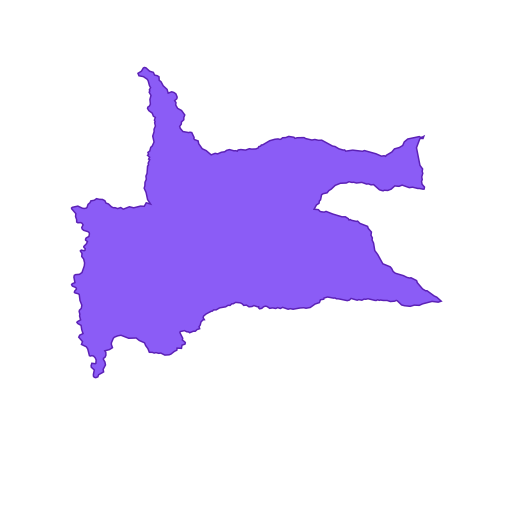 La Unión, Nariño, Colombia (Equal Earth projection), rotated 285°
{"feature_id": "7082276B50257092239175", "entity_name": "La Unión", "entity_type": "district", "adm_level": 2, "iso_a3": "COL", "parent_name": "Colombia", "parent_adm1": "Nariño", "projection": "equal_earth", "projection_center": [-77.138, 1.608], "detail": "fine", "context": "isolated", "style": "filled", "palette": "violet", "viewbox_px": 512, "rotation_deg": 285, "n_neighbors": 0, "source": "geoboundaries", "source_scale": "gbopen_adm2", "svg_char_len": 6091}
<svg xmlns="http://www.w3.org/2000/svg" viewBox="0 0 512 512"><g transform="rotate(285 256 256)"><path d="M268.0,85.4L266.5,82.2L264.6,81.9L262.4,80.4L259.1,80.2L258.3,79.6L257.5,78.0L257.2,76.1L258.1,71.0L255.5,66.0L254.6,65.4L253.9,65.7L250.3,71.0L247.4,71.5L244.8,73.3L242.4,74.0L242.0,75.3L242.9,78.1L242.6,79.5L241.3,80.9L238.4,80.3L237.1,81.1L236.2,82.9L236.0,87.6L235.4,88.8L234.2,89.4L231.6,89.5L229.5,87.3L228.1,87.0L227.2,87.3L226.4,89.4L224.0,89.1L220.7,87.2L219.8,87.5L218.9,89.1L217.2,89.3L216.6,88.6L216.5,85.7L215.4,85.0L213.4,87.3L210.4,87.8L208.5,90.3L205.0,92.2L202.0,92.7L195.0,92.2L192.6,90.2L191.3,86.5L190.3,85.5L188.4,85.6L183.4,88.0L181.7,85.7L180.5,85.3L179.4,86.5L179.0,89.6L178.4,90.8L177.4,91.1L175.3,90.0L174.0,89.9L173.5,90.7L173.5,94.1L173.1,95.2L167.5,97.5L163.4,100.5L160.2,100.8L158.0,99.5L156.7,99.5L154.2,100.9L152.4,101.1L148.9,103.1L146.3,100.4L145.5,100.2L144.6,101.5L143.7,105.0L139.8,106.7L136.3,109.0L133.9,106.2L131.7,105.8L128.4,110.6L125.4,110.3L124.4,115.6L122.7,117.5L116.6,120.9L116.5,121.9L117.3,123.3L117.3,125.0L116.1,127.0L114.2,128.5L110.9,129.1L110.4,128.7L109.9,125.2L107.4,125.1L105.9,125.7L104.1,129.3L99.4,129.6L97.8,130.1L97.0,131.2L97.0,132.7L98.3,134.5L100.6,134.7L104.6,138.8L107.0,137.7L111.8,138.8L114.5,137.5L116.7,135.3L117.7,135.2L119.2,136.4L121.3,136.7L124.0,135.9L125.3,134.5L127.7,138.7L130.3,141.1L133.1,139.2L134.7,138.8L139.7,139.5L140.9,140.2L143.1,143.1L144.5,146.1L143.6,154.3L145.8,161.5L144.2,165.1L143.3,170.8L140.9,172.6L138.6,175.5L135.4,177.9L136.1,180.8L135.9,182.8L136.8,184.4L136.8,187.2L137.6,189.2L136.7,193.6L138.1,197.7L139.2,199.2L142.8,201.9L144.5,203.9L146.6,203.6L147.5,207.9L150.7,207.6L152.5,210.2L153.9,210.2L154.5,209.6L155.8,206.6L157.6,206.5L162.3,202.3L163.4,202.4L165.4,206.2L164.9,208.7L165.2,210.6L164.7,211.8L167.0,214.8L167.7,216.9L169.7,218.1L171.2,220.4L173.0,219.3L174.9,220.0L177.9,219.9L180.5,221.2L181.1,222.6L182.7,220.9L184.4,220.9L187.2,222.9L191.1,227.1L191.5,228.2L192.9,228.9L193.7,231.5L196.5,234.3L199.1,239.9L201.1,241.7L201.6,243.8L203.5,244.9L204.0,246.4L205.9,248.3L206.7,253.0L206.2,255.2L205.1,256.9L206.1,259.5L205.1,262.4L206.2,265.3L207.6,266.8L207.3,270.7L207.7,271.7L206.6,272.0L205.9,273.1L206.9,275.1L209.0,276.5L210.0,278.1L210.1,279.7L209.0,282.8L210.2,285.5L210.4,288.6L211.8,290.3L211.6,293.1L213.3,295.0L212.9,300.8L214.0,302.7L214.2,305.6L217.2,312.0L218.4,315.5L218.5,317.8L220.3,321.7L224.9,325.5L227.4,329.3L230.4,329.6L231.8,332.6L233.0,332.6L234.9,335.7L235.4,341.9L235.9,343.2L235.5,344.7L236.0,346.8L236.5,355.7L237.6,357.6L239.6,358.8L239.5,365.2L240.5,366.6L240.7,369.7L242.3,371.5L242.6,373.2L243.7,375.3L243.9,382.3L244.1,383.5L245.2,384.9L245.1,386.6L245.7,387.6L246.0,390.4L247.0,394.2L246.8,397.6L248.3,401.7L249.4,402.9L249.3,404.1L246.4,409.3L246.4,412.2L247.3,418.0L249.5,421.6L250.6,426.5L252.9,429.3L257.7,437.8L258.6,444.0L260.3,446.6L263.0,441.3L263.5,438.5L266.7,430.2L266.3,428.8L267.3,425.4L272.1,418.5L273.4,417.9L273.9,417.1L275.1,411.3L274.5,410.3L274.4,407.4L275.2,403.5L275.4,395.1L276.5,392.5L279.1,390.2L280.3,388.4L281.3,380.5L288.9,373.2L292.0,369.3L298.9,366.2L301.5,364.0L303.6,363.7L305.8,361.7L309.0,361.3L311.7,357.3L313.5,356.1L314.4,347.9L316.0,345.1L315.4,343.9L315.2,338.9L315.6,337.7L314.9,336.5L315.9,335.6L317.0,332.2L316.1,328.9L316.4,319.4L317.2,312.1L316.0,310.5L315.6,307.2L315.7,306.2L316.9,304.2L316.2,300.0L321.0,301.2L323.2,303.2L325.8,303.0L326.9,303.8L332.2,303.5L333.6,304.8L335.4,308.3L338.1,309.5L340.1,311.4L344.7,314.2L348.1,318.7L349.9,324.4L351.8,326.6L351.9,329.7L352.5,331.1L352.5,334.1L354.5,339.2L354.1,344.2L354.8,345.9L354.5,348.7L355.4,351.1L351.9,358.1L351.8,361.2L352.1,362.3L352.7,362.8L353.4,366.3L355.6,369.3L359.6,371.9L360.3,376.1L362.3,378.8L361.7,386.4L363.0,389.4L363.1,395.0L363.5,396.0L363.8,400.2L364.2,401.1L366.2,400.9L368.2,397.9L370.8,396.6L372.8,396.8L375.4,395.6L379.0,395.7L380.8,394.6L383.2,394.4L386.0,390.9L402.1,383.0L411.5,383.9L412.2,384.6L412.7,386.9L415.0,387.1L413.9,385.9L413.2,384.3L413.6,382.8L408.3,372.3L404.6,369.7L400.7,369.1L397.9,366.4L395.3,362.0L391.6,360.3L387.0,355.8L385.8,355.4L386.0,353.8L384.9,351.3L385.8,345.4L385.9,333.4L384.7,331.8L383.3,322.0L380.5,315.5L381.4,314.2L380.9,312.7L381.0,308.3L382.2,304.0L382.0,301.5L384.9,289.5L383.9,286.3L383.8,282.7L382.5,280.0L382.3,273.6L382.8,271.7L380.9,265.2L379.7,263.2L380.5,261.9L380.0,256.7L378.1,254.1L377.1,251.1L375.2,249.7L374.8,248.9L374.8,247.0L373.6,243.9L370.9,239.4L365.0,233.6L364.6,232.4L363.3,232.0L362.4,230.4L360.9,230.1L359.4,228.2L358.1,224.1L357.9,221.8L355.6,218.5L354.9,213.8L353.8,211.3L352.4,210.8L352.5,209.3L351.9,207.5L351.9,202.8L350.4,200.2L348.6,198.8L347.2,195.6L344.7,192.5L344.6,190.0L342.1,186.5L344.9,180.6L345.7,176.3L349.6,171.6L352.2,170.3L352.5,166.7L353.2,165.6L354.5,165.5L358.6,162.0L358.5,160.2L357.8,159.1L357.3,153.2L359.7,149.8L361.4,148.7L364.0,149.7L366.2,149.3L368.9,151.0L371.2,150.4L373.8,150.7L377.3,146.4L378.3,142.1L381.0,139.4L383.5,139.0L385.0,137.2L387.4,138.8L389.1,138.7L391.9,136.6L392.7,134.4L392.8,132.1L390.6,129.0L393.9,127.0L396.4,122.3L399.7,119.2L400.7,117.0L404.0,115.9L404.6,114.0L404.5,111.2L406.8,109.3L407.0,105.4L409.3,100.9L409.2,99.3L408.4,98.5L404.9,97.5L401.9,94.7L399.8,96.3L400.1,100.8L398.7,104.9L397.6,106.3L393.0,109.0L391.4,110.6L388.9,110.0L387.9,110.7L386.6,110.4L383.9,113.0L379.8,113.0L375.3,114.7L373.2,114.2L371.8,113.0L370.5,113.0L368.7,114.8L367.1,118.8L364.5,120.7L363.8,122.9L360.9,122.7L359.7,123.8L358.5,123.6L355.5,125.2L352.1,124.7L349.7,125.4L345.1,125.2L339.7,128.0L335.4,127.3L333.7,126.2L329.9,126.2L328.1,124.8L326.4,125.9L325.2,125.2L323.9,127.7L321.8,127.2L321.5,128.4L317.8,127.8L316.2,128.6L314.7,128.0L307.6,129.4L304.7,129.0L301.7,130.2L298.5,129.7L295.0,130.5L292.6,130.4L288.9,133.4L282.4,136.7L278.9,140.7L279.0,136.2L275.1,135.2L274.3,131.5L270.9,125.4L270.8,121.0L266.9,115.7L267.8,112.8L266.0,110.1L266.2,107.4L265.7,105.7L266.1,103.6L268.1,100.0L268.3,97.4L270.3,95.7L270.9,93.0L270.2,90.1L270.1,87.1L268.0,85.4Z" fill="#8b5cf6" stroke="#5b21b6" stroke-width="1.5"/></g></svg>